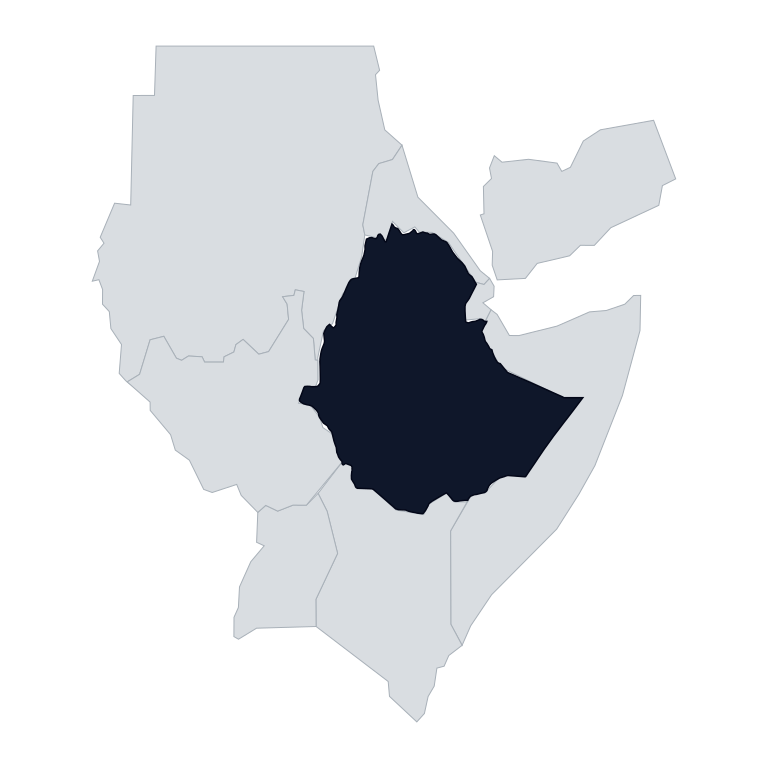 Ethiopia highlighted among its neighbors
{"feature_id": "ETH", "entity_name": "Ethiopia", "entity_type": "country or territory", "adm_level": 0, "iso_a3": "ETH", "parent_name": "Africa", "parent_adm1": "", "projection": "equal_earth", "projection_center": [38.934, 9.154], "detail": "fine", "context": "with_neighbors", "style": "filled", "palette": "ink", "viewbox_px": 768, "rotation_deg": 0, "n_neighbors": 8, "source": "natural_earth", "source_scale": "50m", "svg_char_len": 7278}
<svg xmlns="http://www.w3.org/2000/svg" viewBox="0 0 768 768"><path d="M450.8,624.2L450.6,530.9L472.3,493.8L484.5,493.4L501.4,475.3L526.1,474.2L579.2,397.6L563.3,397.8L501.3,367.5L480.0,332.2L491.0,309.7L497.1,314.4L509.4,335.5L518.8,335.6L557.0,326.1L589.5,311.9L606.3,310.5L624.8,304.2L633.6,295.5L640.7,295.4L640.0,330.5L622.4,395.6L594.9,465.6L578.9,494.2L556.7,529.1L491.6,594.7L470.7,625.8L462.1,645.3L450.8,624.2Z" fill="#d9dde1" stroke="#a8b0b8" stroke-width="1"/><path d="M416.8,721.9L389.5,696.4L388.2,681.5L316.1,626.5L315.9,599.4L337.6,553.4L327.1,511.2L318.1,493.4L342.7,461.3L352.6,465.6L352.5,479.9L359.0,488.4L372.2,488.4L396.2,510.1L423.6,514.6L429.2,503.9L446.5,493.2L454.2,501.9L467.1,501.9L450.6,530.9L450.8,624.2L462.1,645.3L448.8,655.5L444.1,666.2L436.9,668.1L434.2,686.1L428.1,696.5L424.4,713.5L416.8,721.9Z" fill="#d9dde1" stroke="#a8b0b8" stroke-width="1"/><path d="M139.9,391.8L125.7,380.7L119.2,373.4L121.5,344.5L110.9,328.6L109.3,311.6L102.5,304.2L102.6,289.5L98.9,279.7L92.3,281.2L99.5,261.4L97.6,250.9L104.0,243.2L100.2,237.3L114.6,203.2L130.7,205.0L133.2,95.5L154.5,95.4L156.1,46.1L373.7,46.1L379.6,70.3L375.5,74.7L378.1,100.2L384.8,129.9L402.0,145.2L392.5,159.5L378.8,163.6L372.9,171.3L362.8,224.8L364.8,234.9L361.7,256.5L354.0,281.4L342.6,294.0L332.5,323.7L323.5,330.8L317.8,357.4L317.9,380.2L317.8,360.4L315.2,359.9L313.4,338.5L303.7,328.5L301.6,310.2L304.0,291.5L295.3,289.8L293.9,295.4L282.6,296.7L287.1,304.1L288.6,319.4L268.6,351.6L258.8,354.2L243.1,339.4L235.9,344.6L233.9,352.0L224.1,356.8L223.4,362.1L204.6,362.1L202.1,356.8L188.5,356.0L181.6,360.3L176.4,358.2L163.8,336.3L150.1,339.8L139.6,374.3L127.2,381.9L139.9,391.8Z" fill="#d9dde1" stroke="#a8b0b8" stroke-width="1"/><path d="M364.8,234.9L362.8,224.8L372.9,171.3L378.8,163.6L392.5,159.5L402.0,145.2L417.9,197.2L453.7,233.2L480.3,270.8L489.6,278.4L484.0,284.5L475.9,282.3L448.4,242.5L432.1,232.4L419.3,232.1L414.8,226.9L403.8,232.8L392.5,221.4L386.6,240.2L364.8,234.9Z" fill="#d9dde1" stroke="#a8b0b8" stroke-width="1"/><path d="M653.6,120.3L675.7,178.9L662.4,185.6L658.8,205.3L610.8,227.7L594.3,245.4L580.4,245.3L569.6,255.8L537.2,263.4L525.4,278.4L497.2,279.9L492.2,265.2L492.6,251.4L480.3,215.0L484.0,213.8L483.4,186.5L491.5,178.5L489.5,168.0L494.3,155.7L502.0,162.2L528.5,159.3L557.0,163.1L561.8,171.4L570.4,167.3L583.3,141.0L600.4,129.8L653.6,120.3Z" fill="#d9dde1" stroke="#a8b0b8" stroke-width="1"/><path d="M475.9,282.3L484.0,284.5L489.6,278.4L494.1,286.2L493.6,296.7L482.9,302.8L491.0,309.7L484.1,323.3L479.9,318.7L464.8,320.1L463.0,305.4L475.9,282.3Z" fill="#d9dde1" stroke="#a8b0b8" stroke-width="1"/><path d="M316.1,626.5L256.5,628.2L238.5,639.2L233.9,636.6L234.0,617.3L238.4,607.5L239.5,586.9L250.8,561.7L264.2,545.8L256.6,542.3L257.8,512.4L265.7,505.4L277.7,511.1L293.0,505.1L306.4,505.2L318.1,493.4L327.1,511.2L337.6,553.4L315.9,599.4L316.1,626.5Z" fill="#d9dde1" stroke="#a8b0b8" stroke-width="1"/><path d="M257.8,512.4L241.2,495.4L236.7,484.4L212.2,492.5L203.7,489.4L189.4,460.2L175.3,450.1L170.6,434.7L150.2,410.4L150.1,402.1L127.2,381.9L139.6,374.3L150.1,339.8L163.8,336.3L176.4,358.2L181.6,360.3L188.5,356.0L202.1,356.8L204.6,362.1L223.4,362.1L224.1,356.8L233.9,352.0L235.9,344.6L243.1,339.4L258.8,354.2L268.6,351.6L288.6,319.4L287.1,304.1L282.6,296.7L293.9,295.4L295.3,289.8L304.0,291.5L301.6,310.2L303.7,328.5L313.4,338.5L315.2,359.9L317.8,360.4L317.9,380.2L315.1,388.0L305.0,388.6L298.5,403.2L310.1,405.0L319.7,417.4L322.9,427.6L331.6,433.5L342.7,461.3L306.4,505.2L293.0,505.1L277.7,511.1L265.7,505.4L257.8,512.4Z" fill="#d9dde1" stroke="#a8b0b8" stroke-width="1"/><path d="M342.1,461.7L341.8,461.2L340.2,459.4L338.6,457.0L337.7,454.4L336.8,452.3L336.3,447.5L335.2,444.6L334.0,441.0L332.4,434.2L331.7,431.8L330.3,430.3L328.9,428.8L327.4,425.8L323.5,423.1L322.0,421.0L319.5,417.4L318.8,415.6L318.6,413.8L317.8,412.1L316.4,410.2L312.0,406.1L310.7,405.6L309.1,405.1L306.8,404.7L303.6,403.8L300.9,402.2L299.7,401.0L299.4,400.2L299.6,398.9L300.6,396.6L302.6,391.3L303.9,387.6L304.8,386.5L307.2,386.3L309.8,386.4L311.6,386.7L314.3,386.7L317.5,386.4L318.7,385.1L319.8,383.8L320.2,382.8L320.3,380.4L320.3,378.5L320.2,371.2L320.1,366.6L319.9,361.5L320.0,360.5L320.0,359.1L320.8,353.7L321.5,350.5L322.0,348.9L324.1,343.6L324.5,341.9L324.5,340.4L323.8,333.4L325.1,330.1L326.8,326.8L328.3,325.4L329.5,324.4L330.0,324.8L331.4,326.3L333.2,327.8L334.1,327.5L335.3,326.2L336.2,324.8L336.1,322.4L337.0,317.3L336.8,314.4L337.7,310.8L338.7,305.7L339.2,302.4L339.8,300.7L342.4,297.1L344.7,292.1L346.2,288.4L348.9,282.5L350.4,280.3L351.5,279.3L353.2,278.7L356.3,278.2L358.6,277.7L358.9,276.9L359.1,275.7L359.2,273.0L359.6,268.4L360.6,263.9L361.8,260.5L362.4,259.0L363.1,257.5L364.0,255.0L365.1,249.5L365.0,245.8L366.5,239.1L366.9,239.0L369.4,237.8L371.9,237.6L374.3,238.5L375.9,238.7L376.6,238.2L377.3,237.1L377.9,235.3L378.9,234.3L380.3,234.1L382.1,236.1L384.9,241.6L385.7,241.9L386.1,241.8L387.6,237.4L388.7,234.0L390.8,227.7L392.0,224.1L393.1,225.1L394.2,227.0L395.5,227.8L396.9,228.4L397.5,228.4L398.3,229.2L401.2,233.7L402.3,234.7L403.6,234.8L409.4,233.4L412.8,230.7L413.4,229.7L414.3,229.7L415.4,230.9L415.9,232.0L416.6,233.5L418.0,233.7L421.3,232.6L422.9,232.0L424.2,232.5L426.0,233.0L427.1,233.0L429.7,234.4L432.8,234.0L434.3,234.0L435.8,234.7L438.3,237.0L441.5,239.9L446.1,241.9L447.0,242.7L449.2,246.0L452.7,252.2L457.2,258.1L462.2,262.9L464.8,266.1L466.6,270.1L468.4,273.7L470.1,275.3L471.8,276.5L473.5,279.3L474.7,281.6L476.4,284.3L474.6,287.9L472.1,292.7L469.3,298.3L468.4,299.7L465.9,303.1L465.5,304.0L465.0,306.5L465.0,310.9L465.3,316.6L465.7,321.9L467.0,322.5L468.7,322.9L470.4,322.2L472.6,321.6L475.3,321.3L478.2,320.2L480.0,319.3L481.8,319.4L483.4,320.3L484.2,321.2L485.4,321.4L486.8,321.4L486.5,322.4L485.7,323.9L484.7,325.3L483.9,326.8L481.9,331.0L481.9,331.5L482.1,332.4L483.2,334.3L484.3,337.4L484.9,340.2L485.4,341.6L486.7,343.2L488.7,346.5L489.7,348.7L491.9,349.8L492.6,352.6L494.2,356.7L495.9,360.0L497.6,362.6L499.5,363.5L500.2,363.6L504.1,368.4L507.1,372.0L507.8,372.6L513.2,374.9L519.4,377.7L524.3,379.8L530.7,382.6L536.9,385.4L542.7,388.0L550.9,391.7L557.6,394.7L562.8,397.0L563.9,397.7L570.1,397.7L576.4,397.7L582.8,397.7L578.2,403.8L573.0,410.7L567.5,417.9L563.9,422.5L558.3,429.9L553.6,436.0L548.8,442.7L544.4,448.8L538.7,457.2L535.1,462.6L529.3,471.1L525.7,476.5L525.1,476.8L519.9,476.4L514.8,476.0L508.3,475.5L507.6,475.5L505.7,476.0L504.6,476.5L499.9,477.9L499.1,478.3L495.2,480.6L491.2,483.3L489.2,485.4L487.6,488.4L486.9,490.6L486.1,491.5L484.9,492.3L476.6,494.4L474.2,494.7L470.3,496.3L468.3,499.0L467.7,500.4L464.9,500.3L460.1,500.8L458.0,501.2L457.0,501.3L455.1,501.3L453.6,500.8L452.6,500.0L451.3,498.3L448.5,494.9L446.4,492.8L442.0,495.3L437.9,497.7L432.2,501.1L428.9,503.6L427.9,506.1L425.4,510.6L423.2,513.4L422.3,513.7L417.2,513.1L415.4,512.6L412.3,512.1L408.2,511.1L405.5,510.0L402.5,509.9L398.2,509.6L395.6,508.8L392.9,506.3L389.4,503.3L385.9,500.2L382.2,497.0L377.9,493.3L373.2,489.3L372.1,488.9L371.6,488.8L366.5,488.6L361.1,488.4L357.5,488.3L356.4,487.8L355.6,486.9L354.5,484.0L353.1,481.8L351.5,479.1L351.4,475.5L351.8,471.5L352.2,470.2L352.0,468.9L352.1,467.1L351.2,465.5L345.9,463.5L345.1,463.7L344.2,464.4L343.2,464.9L342.5,464.4L342.1,463.7L342.1,462.5L342.1,461.7Z" fill="#0f172a" stroke="#020617" stroke-width="1.5"/></svg>